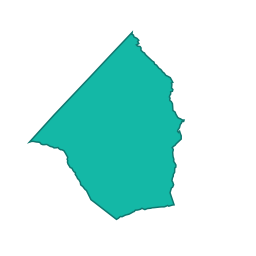 Carnaubeira da Penha, Pernambuco, Brazil (orthographic projection), rotated 210°
{"feature_id": "56859067B83300695382888", "entity_name": "Carnaubeira da Penha", "entity_type": "district", "adm_level": 2, "iso_a3": "BRA", "parent_name": "Brazil", "parent_adm1": "Pernambuco", "projection": "orthographic", "projection_center": [-38.753, -8.428], "detail": "fine", "context": "isolated", "style": "filled", "palette": "teal", "viewbox_px": 256, "rotation_deg": 210, "n_neighbors": 0, "source": "geoboundaries", "source_scale": "gbopen_adm2", "svg_char_len": 2159}
<svg xmlns="http://www.w3.org/2000/svg" viewBox="0 0 256 256"><g transform="rotate(210 128 128)"><path d="M172.2,212.9L179.7,181.6L186.6,152.1L187.6,148.0L198.5,102.5L206.3,66.5L204.9,68.1L203.3,69.1L201.8,69.6L200.3,70.1L198.5,71.0L197.2,71.4L195.3,70.7L193.8,70.9L192.5,71.5L191.3,72.4L190.0,73.2L188.1,73.2L186.1,73.2L183.9,73.9L182.1,73.8L180.4,74.9L178.8,76.1L177.4,75.6L175.7,75.5L174.1,76.2L172.0,76.2L169.7,75.0L167.3,73.5L165.6,72.6L165.0,70.4L163.9,69.7L163.4,68.2L161.9,66.8L160.3,66.0L158.4,64.9L156.4,65.1L154.2,63.7L152.7,63.1L151.3,63.1L150.4,61.4L148.4,60.5L146.3,59.0L144.6,58.6L142.3,57.3L140.5,55.1L137.8,54.7L135.7,53.8L134.3,53.3L132.7,53.1L127.6,49.7L124.2,47.4L120.1,46.9L92.3,43.1L91.2,45.1L90.4,47.5L88.8,48.2L86.7,51.3L84.1,53.8L82.7,56.0L81.7,57.8L80.8,58.9L80.6,60.5L78.8,61.7L77.5,62.9L76.5,64.0L75.8,65.4L74.1,65.6L72.6,65.8L70.9,68.0L68.1,70.0L67.3,70.9L65.0,72.5L61.5,75.1L59.3,76.6L57.0,78.0L55.9,79.4L55.0,80.7L53.6,80.7L51.2,83.3L49.7,84.5L59.2,92.9L59.8,95.1L60.4,97.8L59.8,99.1L60.1,101.6L62.2,103.5L63.6,104.3L64.6,107.1L64.7,108.8L65.6,110.6L65.5,113.0L66.5,114.8L67.5,116.7L67.0,118.0L68.0,119.9L69.5,120.8L72.0,122.1L72.3,123.3L73.4,124.6L74.5,125.5L75.9,127.4L77.3,129.5L77.6,130.9L78.1,132.1L79.9,133.0L79.4,135.0L78.6,136.6L78.4,138.4L77.9,140.1L77.1,142.7L76.4,145.0L78.0,147.8L80.4,149.8L81.7,151.0L82.0,149.4L83.5,150.0L83.8,151.8L83.6,154.0L84.5,157.2L84.2,158.8L84.5,160.4L83.1,161.5L83.4,162.9L85.0,162.1L87.2,162.2L88.7,161.9L90.2,162.0L93.6,164.0L95.1,165.3L97.8,165.6L98.8,167.0L99.9,168.7L101.7,171.3L103.7,172.5L105.5,172.7L106.2,173.7L106.5,174.9L107.7,175.5L108.1,177.0L108.0,178.7L109.2,180.7L107.9,182.0L108.4,183.8L110.2,184.3L111.1,186.1L111.6,187.4L112.9,188.7L112.0,189.9L116.5,192.7L118.9,192.7L121.7,192.5L124.0,193.6L126.3,193.9L127.8,194.7L129.1,195.1L131.1,195.2L133.4,196.1L134.7,196.7L136.8,196.6L138.6,198.1L140.4,198.1L147.4,199.7L149.7,200.3L151.2,201.2L152.8,201.1L155.6,201.8L156.8,203.9L158.2,204.6L160.7,203.7L162.3,204.2L160.8,206.5L162.9,207.6L162.5,209.3L165.1,210.1L168.4,209.9L169.8,211.2L171.4,211.1L172.2,212.9Z" fill="#14b8a6" stroke="#0f766e" stroke-width="1.5"/></g></svg>